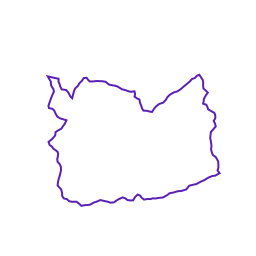 Ocauçu, São Paulo, Brazil, rotated 66°
{"feature_id": "56859067B65296582984001", "entity_name": "Ocauçu", "entity_type": "district", "adm_level": 2, "iso_a3": "BRA", "parent_name": "Brazil", "parent_adm1": "São Paulo", "projection": "mercator", "projection_center": [-49.95, -22.434], "detail": "fine", "context": "isolated", "style": "outline", "palette": "violet", "viewbox_px": 256, "rotation_deg": 66, "n_neighbors": 0, "source": "geoboundaries", "source_scale": "gbopen_adm2", "svg_char_len": 2408}
<svg xmlns="http://www.w3.org/2000/svg" viewBox="0 0 256 256"><g transform="rotate(66 128 128)"><path d="M180.1,202.3L180.9,198.9L181.9,196.4L182.6,193.8L182.2,189.7L182.5,187.0L182.6,182.6L185.2,179.1L187.3,176.2L189.1,174.4L190.2,171.1L189.3,166.5L189.2,161.2L191.1,159.1L193.6,157.8L194.9,155.7L196.2,152.7L194.1,149.9L192.7,146.3L194.6,144.5L197.4,143.8L199.9,142.5L200.9,138.7L202.1,136.4L202.3,134.0L203.5,131.8L204.4,128.3L205.7,124.2L205.2,119.2L204.5,116.6L205.4,113.0L205.9,108.7L207.3,104.4L207.8,99.7L205.6,95.6L206.3,91.7L207.0,88.5L206.8,85.7L206.6,82.6L206.7,79.6L206.2,76.3L206.0,73.9L206.2,70.3L207.0,67.7L206.5,62.7L203.2,63.5L200.9,61.5L198.4,60.4L195.2,59.2L190.4,59.6L187.0,61.5L184.3,61.3L181.3,60.8L178.1,58.9L174.2,57.8L170.4,56.9L167.9,55.4L165.4,53.9L163.8,50.5L162.3,47.2L159.4,46.7L156.4,46.8L154.5,44.2L151.5,43.0L149.2,43.0L146.6,45.0L143.6,47.2L140.8,46.9L138.6,47.0L136.3,49.5L134.5,48.1L132.5,47.0L130.9,45.1L129.4,42.9L128.2,40.7L125.0,41.9L122.6,43.0L119.4,42.0L116.9,40.7L114.7,40.2L111.9,40.6L108.4,41.2L108.3,43.8L109.5,46.5L109.3,49.7L110.5,52.3L111.4,55.1L112.0,57.5L112.8,60.3L114.0,64.1L114.6,68.0L114.1,72.0L114.7,76.4L115.9,79.6L117.6,81.8L119.2,85.7L118.7,89.6L119.6,93.4L121.1,96.5L123.1,99.5L121.9,101.4L120.2,103.4L118.3,106.9L115.4,107.2L113.2,106.8L110.0,106.8L106.5,106.0L104.7,107.7L102.0,109.3L99.9,107.7L97.1,107.2L96.2,110.4L94.8,112.4L92.8,114.5L90.0,117.9L87.7,119.4L85.8,120.8L84.2,122.5L82.7,124.8L80.6,127.7L76.7,129.7L75.0,132.1L73.7,134.8L72.3,137.6L71.0,141.7L69.8,144.1L67.6,144.9L65.3,145.4L64.4,148.1L66.2,151.0L67.4,154.4L69.1,156.4L70.3,160.1L72.5,162.5L78.1,166.9L76.0,167.8L71.2,168.1L68.1,169.1L65.7,172.9L62.4,173.0L59.7,172.6L57.3,172.6L54.8,171.4L52.6,174.5L50.6,177.1L48.2,180.3L51.7,180.0L54.2,179.6L57.2,180.8L59.4,180.8L62.0,180.3L64.7,180.9L67.2,183.8L69.8,186.5L75.4,191.7L77.6,192.1L79.6,189.4L81.9,188.3L86.1,188.3L89.0,187.9L91.6,186.1L95.9,181.1L98.5,184.1L100.1,187.0L101.5,189.2L101.8,192.8L102.3,195.8L105.2,197.6L107.3,202.0L108.3,206.2L111.7,206.5L113.9,205.1L116.8,204.5L119.0,203.0L121.3,202.0L123.7,202.5L125.8,203.9L127.6,205.3L130.3,206.1L133.1,205.1L136.3,205.1L139.3,206.4L141.9,208.2L144.5,210.4L146.8,212.4L149.1,214.1L152.0,215.7L156.9,214.0L160.8,214.7L163.4,215.8L166.3,215.2L168.2,212.7L171.0,211.5L172.6,209.2L174.5,204.9L177.5,203.3L180.1,202.3Z" fill="none" stroke="#5b21b6" stroke-width="2"/></g></svg>